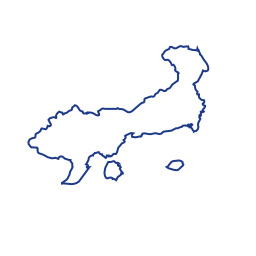 an SVG outline of Anatoliki Makedonia kai Thraki, rotated 337°
{"feature_id": "GRC-3001", "entity_name": "Anatoliki Makedonia kai Thraki", "entity_type": "Region", "adm_level": 1, "iso_a3": "GRC", "parent_name": "Greece", "parent_adm1": "", "projection": "mercator", "projection_center": [25.255, 41.074], "detail": "fine", "context": "isolated", "style": "outline", "palette": "blue", "viewbox_px": 256, "rotation_deg": 337, "n_neighbors": 0, "source": "natural_earth", "source_scale": "10m", "svg_char_len": 5847}
<svg xmlns="http://www.w3.org/2000/svg" viewBox="0 0 256 256"><g transform="rotate(337 128 128)"><path d="M198.2,69.9L199.1,70.0L199.7,70.3L201.4,72.3L202.2,73.0L203.6,73.4L207.8,73.0L208.9,73.4L210.7,75.0L213.2,75.6L214.3,76.1L215.3,76.4L215.1,77.7L214.6,78.8L218.2,81.5L221.2,83.1L221.8,83.7L223.0,81.9L223.0,82.5L223.1,83.2L223.2,83.7L223.5,84.2L223.2,85.3L223.4,87.5L223.0,88.4L223.7,89.6L224.0,91.1L224.4,94.3L225.4,98.5L225.7,100.3L225.7,102.1L225.4,103.9L224.8,105.4L224.0,106.2L222.8,106.3L221.4,106.0L220.1,105.3L219.5,104.4L216.2,107.9L215.5,108.0L215.2,108.3L215.0,108.7L214.7,109.1L212.9,110.3L211.2,111.8L210.1,112.4L206.0,112.8L205.2,113.5L206.2,115.0L205.6,116.9L205.3,118.6L205.5,120.1L206.2,121.6L205.0,123.5L205.0,124.2L206.0,124.5L206.5,124.8L205.4,127.1L205.5,128.3L206.4,130.3L207.0,131.2L208.7,132.0L208.8,133.0L208.3,134.0L207.8,134.5L206.8,134.6L206.2,134.9L206.1,135.5L206.2,136.2L206.9,137.1L207.5,137.4L207.7,137.7L207.1,138.6L206.2,139.3L204.3,140.2L203.5,141.0L204.1,141.9L204.2,142.5L203.3,142.7L202.8,142.6L202.3,142.4L202.0,142.0L201.7,141.5L201.3,141.5L200.8,143.2L200.4,144.0L200.0,144.5L199.5,144.5L199.5,144.1L199.1,143.3L199.1,144.2L199.1,144.7L198.8,144.9L198.2,145.0L198.2,145.4L198.2,145.6L198.6,145.7L198.0,146.0L197.8,146.3L197.8,146.8L198.2,147.8L194.7,150.8L193.7,152.3L193.2,154.6L191.8,156.4L189.8,157.3L187.3,157.1L187.5,156.7L186.8,155.4L186.7,153.7L186.3,152.1L184.9,151.5L184.9,150.9L185.8,150.9L186.9,150.7L188.0,150.4L188.4,150.0L188.0,149.2L187.0,149.0L185.9,149.3L185.3,149.7L185.0,149.1L184.9,148.5L184.4,148.5L184.4,149.1L184.7,149.6L184.9,150.4L184.4,150.4L183.4,149.2L181.4,147.9L179.2,147.3L177.8,148.0L176.7,147.7L173.2,147.6L172.4,147.1L171.7,147.0L167.1,147.4L164.5,146.8L161.6,145.8L158.9,145.3L156.4,146.2L154.5,145.8L153.2,145.0L152.2,144.1L151.2,143.5L148.0,142.8L146.9,142.7L144.5,141.6L141.8,139.7L139.1,138.8L137.0,140.9L136.5,140.9L136.5,140.5L131.4,139.6L130.1,138.8L129.2,138.2L128.7,138.1L128.4,137.9L128.5,136.8L128.8,136.1L129.3,135.5L130.0,135.2L130.7,135.0L129.5,134.2L128.7,133.8L123.4,133.9L122.2,134.2L122.3,135.6L120.9,136.8L120.1,137.3L119.2,137.4L119.7,139.0L119.1,139.6L117.9,139.8L116.7,139.7L115.9,140.0L113.8,141.2L112.7,141.5L110.9,142.8L109.0,145.4L106.9,147.2L104.6,146.2L102.1,147.3L100.9,147.4L99.6,146.8L100.0,146.6L100.1,146.2L97.9,145.0L96.5,146.3L96.1,146.8L95.7,146.8L95.1,145.4L94.4,144.2L93.6,143.2L93.9,142.1L92.9,141.6L92.2,141.0L91.8,140.0L91.7,138.8L88.5,138.3L87.7,138.0L87.1,138.5L86.3,138.6L85.6,138.8L85.0,139.7L83.7,139.1L81.9,139.3L80.3,140.1L79.1,142.0L76.2,144.4L75.2,145.0L76.0,145.6L76.5,146.4L76.4,147.1L75.0,147.5L74.8,147.8L74.8,148.2L75.0,148.8L75.4,149.1L76.4,149.0L77.0,149.1L62.1,158.0L59.7,158.5L56.9,158.4L54.1,157.6L46.8,153.7L45.5,153.4L45.7,152.8L51.3,151.6L52.6,150.9L56.0,148.0L57.4,145.9L61.0,143.0L61.9,142.0L61.9,140.8L62.6,139.8L62.8,138.6L62.1,136.1L62.6,135.0L61.1,134.3L58.0,131.6L56.6,128.9L55.4,128.0L54.2,127.8L53.0,128.0L51.8,129.2L49.8,127.2L46.4,126.3L43.0,123.8L39.2,119.1L36.1,116.4L35.6,115.1L36.1,112.8L36.8,111.8L36.7,110.6L31.3,107.9L30.3,104.2L30.7,102.4L30.7,102.2L32.5,100.5L33.7,100.0L35.9,100.0L38.0,100.5L39.1,100.2L40.5,97.7L41.5,97.3L42.6,97.3L44.0,97.2L45.3,96.8L46.4,96.3L48.1,94.7L48.7,94.8L51.7,97.0L52.7,96.9L53.7,95.9L54.1,95.6L54.5,95.5L54.8,95.3L55.0,94.7L56.4,95.7L57.2,95.8L57.9,95.5L58.3,94.8L58.4,94.1L58.2,92.2L58.0,89.4L59.9,88.5L62.5,88.7L64.4,89.3L64.9,89.7L65.5,90.6L66.0,90.6L66.2,90.3L66.4,88.9L66.7,88.4L67.7,87.5L68.8,86.8L70.1,86.3L71.2,86.1L72.2,87.3L73.5,88.1L73.6,88.9L73.4,89.6L73.5,90.1L74.1,90.3L74.6,90.1L75.0,89.9L75.6,89.8L77.3,90.0L77.9,90.0L80.0,89.3L81.0,89.2L82.4,89.4L83.4,89.2L84.7,87.3L86.1,87.0L88.0,86.3L89.3,87.5L90.1,89.8L90.4,92.2L90.5,92.9L91.7,94.4L92.3,94.8L92.6,95.0L92.7,95.5L92.5,96.4L92.5,96.7L93.5,97.7L94.4,97.9L96.7,97.9L96.3,98.7L97.8,98.7L99.1,98.9L100.2,99.5L101.5,100.6L103.7,103.5L105.1,104.7L106.4,104.8L107.0,103.5L106.8,102.0L107.0,100.9L109.5,100.7L110.8,100.2L111.5,100.1L112.4,100.2L114.3,101.4L124.9,105.9L126.0,105.7L126.3,105.7L126.5,105.9L127.0,106.8L127.3,107.1L129.9,108.3L131.2,109.4L133.9,113.2L135.2,114.0L136.7,114.2L138.2,114.1L149.1,110.6L150.7,110.3L152.4,110.6L153.1,110.3L153.6,109.6L154.1,108.6L154.6,107.8L155.4,107.5L161.2,107.9L161.8,108.1L163.1,108.9L163.8,109.1L164.5,109.0L166.2,107.7L166.9,107.4L169.2,107.2L171.6,105.6L172.2,105.3L173.7,105.9L175.6,108.0L176.8,108.5L177.8,108.3L179.4,107.5L180.3,107.5L181.2,107.7L181.9,107.6L183.3,106.9L185.1,105.7L185.9,105.3L191.4,104.0L191.9,104.1L192.3,103.9L193.1,102.7L194.1,100.5L194.8,98.4L195.1,97.8L195.9,97.5L196.0,96.8L195.8,96.3L194.9,95.4L194.6,95.0L193.9,93.5L194.0,92.9L194.8,92.1L195.0,91.1L195.1,90.1L195.0,89.1L194.7,87.9L194.4,87.5L193.3,87.4L193.0,87.1L192.9,86.5L193.0,85.1L192.9,84.5L192.3,82.2L191.9,81.5L191.4,80.9L190.6,80.5L189.7,80.3L188.8,79.9L188.0,78.7L187.7,77.7L187.6,76.5L187.6,75.2L188.0,74.2L188.4,73.7L188.8,73.5L189.3,73.5L189.8,73.3L191.5,71.9L193.2,71.4L196.8,71.3L198.2,69.9ZM105.9,157.4L104.5,157.4L104.1,158.4L104.6,159.4L105.9,159.7L105.9,161.4L104.8,161.8L104.6,163.0L105.0,165.5L105.4,166.5L105.6,167.2L105.5,167.9L105.0,167.9L103.9,167.2L103.2,168.2L102.0,168.6L99.9,169.0L99.1,169.3L97.5,170.8L96.6,171.4L96.2,170.6L95.8,170.0L94.8,169.0L94.6,169.0L94.0,169.1L93.9,169.0L93.8,168.8L93.9,168.1L93.9,167.9L93.0,167.0L92.5,166.8L90.7,166.3L89.3,166.3L88.4,165.6L88.1,163.2L88.5,161.0L89.5,158.8L91.7,155.6L96.6,151.5L98.6,152.5L101.3,152.8L102.3,153.2L102.6,153.8L102.8,154.6L103.1,155.3L103.9,155.6L104.6,155.8L105.2,156.2L105.6,156.8L105.9,157.4ZM164.4,181.9L164.7,183.2L163.9,184.0L157.9,186.1L156.4,185.9L154.2,184.7L149.9,181.2L149.0,180.1L148.4,179.0L149.6,179.0L153.4,176.8L155.1,176.1L157.0,176.2L162.2,177.8L163.2,178.5L164.3,179.6L164.9,180.7L164.4,181.9Z" fill="none" stroke="#1e3a8a" stroke-width="2"/></g></svg>